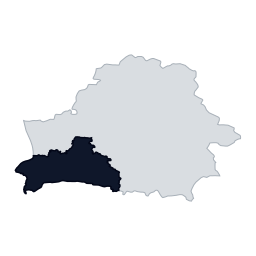 Belarus, with Brest highlighted
{"feature_id": "BLR-2338", "entity_name": "Brest", "entity_type": "Region", "adm_level": 1, "iso_a3": "BLR", "parent_name": "Belarus", "parent_adm1": "", "projection": "robinson", "projection_center": [25.618, 52.455], "detail": "fine", "context": "in_parent", "style": "filled", "palette": "ink", "viewbox_px": 256, "rotation_deg": 0, "n_neighbors": 0, "source": "natural_earth", "source_scale": "10m", "svg_char_len": 8806}
<svg xmlns="http://www.w3.org/2000/svg" viewBox="0 0 256 256"><path d="M219.8,175.9L215.3,175.7L209.8,175.8L206.8,177.4L203.5,176.6L201.2,177.6L196.0,182.1L194.0,184.6L192.1,188.3L191.0,191.1L191.7,193.1L192.7,194.9L193.0,196.9L193.6,198.4L192.3,199.5L191.5,201.1L189.3,200.8L186.4,199.3L185.8,197.1L183.6,195.5L182.2,194.7L179.8,194.6L176.2,195.3L171.3,195.9L167.7,196.0L165.7,196.8L162.8,197.6L161.6,196.7L159.9,194.1L158.5,191.6L157.6,190.5L156.8,190.2L155.8,190.3L154.7,191.1L153.8,191.9L150.8,192.8L149.5,193.7L148.0,196.0L147.0,195.9L146.0,195.3L144.8,192.7L143.2,192.2L140.6,192.1L137.4,191.6L134.9,190.8L133.9,191.0L132.4,192.1L130.8,192.2L127.1,191.2L126.4,191.7L124.3,194.6L123.4,194.7L122.8,194.3L123.1,191.9L121.0,191.0L117.4,190.8L114.9,191.2L113.7,191.1L113.0,190.6L109.9,186.4L108.3,186.2L105.4,186.4L101.2,185.9L96.2,184.9L93.5,184.6L92.1,183.6L89.1,183.3L80.9,181.6L77.6,181.3L72.7,181.2L65.2,180.8L60.5,181.1L58.3,181.6L55.7,182.0L46.9,182.5L43.7,183.0L42.8,183.8L41.7,185.8L38.0,189.1L34.5,191.3L33.8,191.5L31.7,190.3L30.0,189.9L28.0,189.8L26.5,190.1L25.6,190.7L25.7,193.3L25.5,193.5L24.0,190.4L24.1,187.7L25.0,186.1L26.1,184.7L25.7,182.6L26.8,179.8L26.8,177.7L26.4,176.9L25.6,175.8L23.3,174.7L22.3,173.8L19.2,172.7L16.1,171.2L15.6,170.3L15.7,169.7L16.3,168.8L18.7,166.0L21.3,163.4L22.9,162.3L31.6,158.9L33.0,157.7L33.3,155.7L33.2,151.7L32.7,148.0L32.1,145.4L30.5,140.6L26.1,130.7L23.6,120.5L25.3,121.1L29.4,121.3L32.7,120.6L34.4,120.5L35.9,120.7L40.2,120.1L41.2,121.1L43.1,121.9L46.9,120.7L50.2,119.3L53.7,119.4L54.2,118.7L55.1,115.1L56.1,114.3L60.2,114.6L61.7,114.0L63.3,112.2L65.8,111.1L67.8,111.1L69.9,109.8L71.0,110.7L71.5,112.2L70.8,113.4L71.1,113.8L72.6,114.4L75.1,114.4L76.7,113.9L77.0,113.2L77.0,112.0L76.6,110.8L75.6,109.8L73.6,109.3L72.2,109.3L72.0,108.6L72.4,107.3L73.7,104.8L75.2,102.5L76.1,101.6L76.3,100.8L76.1,99.5L76.0,97.0L77.4,93.5L79.2,90.9L81.7,90.1L84.7,89.6L86.6,88.4L87.5,87.0L88.3,84.8L89.3,84.4L96.4,84.7L97.5,82.5L98.1,81.9L99.5,81.3L100.5,80.5L100.1,79.9L98.3,79.5L93.9,79.2L93.1,78.5L93.3,77.6L94.5,75.4L95.6,72.5L96.1,70.2L96.2,68.9L96.8,68.6L100.3,68.1L101.4,67.7L104.4,64.6L106.7,64.1L112.7,64.9L115.4,64.9L118.8,65.1L119.1,64.8L120.3,61.7L126.1,56.9L129.2,55.2L131.2,54.9L131.8,55.0L135.0,57.5L135.8,57.6L137.8,56.5L141.5,56.5L143.2,57.3L145.6,60.5L146.9,60.8L150.3,59.1L152.3,58.5L153.6,58.5L160.3,61.0L160.8,61.7L160.8,62.6L159.9,65.5L161.3,67.2L162.9,68.4L166.3,66.5L167.5,65.9L168.9,65.9L170.7,65.2L172.0,64.1L173.3,63.7L175.7,64.0L180.1,63.7L185.3,65.4L185.8,65.9L188.4,68.0L189.4,69.0L190.2,69.3L191.6,70.2L193.5,70.9L194.8,70.7L195.4,71.0L196.0,71.8L196.1,73.1L196.0,76.8L194.2,78.8L194.0,79.5L194.1,80.3L195.7,81.9L197.6,84.5L198.1,85.9L198.2,87.0L195.7,90.3L194.9,91.1L194.3,92.7L194.1,94.3L194.3,95.0L198.7,97.7L201.9,99.1L202.7,99.8L202.8,100.2L201.1,103.1L201.0,103.8L203.6,105.0L205.1,106.8L206.4,109.9L209.0,112.7L218.2,117.0L219.1,117.7L219.4,118.6L219.2,120.6L217.6,124.4L219.2,124.9L223.2,124.8L228.1,125.2L234.1,127.9L234.2,129.1L233.6,130.2L234.1,131.3L234.8,132.3L240.0,135.3L240.5,136.2L240.6,137.6L240.5,138.7L239.1,138.9L237.6,139.4L235.1,140.7L234.2,142.5L230.1,144.9L227.6,146.1L225.6,146.1L220.7,145.6L218.9,144.4L218.2,143.3L216.3,142.7L213.8,142.7L210.4,142.9L209.7,143.2L209.2,144.6L207.8,147.0L206.8,148.3L211.3,153.0L213.6,154.9L214.3,156.1L214.3,156.9L213.3,157.9L213.6,159.9L215.8,162.5L215.1,162.9L215.0,166.1L215.1,169.5L215.7,170.4L216.9,171.1L217.9,172.3L219.6,175.2L219.8,175.9Z" fill="#d9dde1" stroke="#a8b0b8" stroke-width="1"/><path d="M75.2,181.4L67.3,181.3L63.3,180.5L62.2,180.5L61.1,180.8L58.9,181.7L52.3,182.5L51.8,182.5L50.3,182.2L44.4,182.6L43.9,182.7L43.3,183.1L42.5,184.2L42.1,184.7L41.5,186.7L40.8,187.5L38.1,188.9L34.5,191.4L33.6,191.6L32.9,191.1L32.2,190.4L31.3,190.1L30.7,190.1L29.0,189.7L28.5,189.7L26.1,190.1L25.8,190.3L25.6,190.5L25.3,190.9L25.3,191.1L26.0,192.8L26.1,193.1L26.0,193.6L25.8,193.6L25.5,193.5L25.5,193.1L24.7,192.8L24.5,192.4L24.8,192.4L24.3,191.7L24.1,191.2L24.0,190.8L24.1,190.0L24.1,189.7L23.8,189.5L23.8,189.2L24.2,189.1L24.5,188.8L24.2,188.5L24.2,188.3L24.5,188.1L24.4,188.0L24.2,187.6L24.3,186.9L24.5,186.4L24.9,186.0L25.4,185.8L25.9,185.4L26.2,184.7L25.7,184.2L25.4,183.7L25.7,183.4L25.8,182.8L26.0,182.7L25.9,182.4L26.0,182.1L26.1,181.1L26.2,180.6L26.7,179.7L27.0,179.4L27.4,179.1L27.1,178.6L26.8,177.5L26.6,177.1L26.6,176.8L26.5,176.4L26.0,176.2L25.6,175.5L25.1,175.3L24.0,175.3L23.5,175.2L22.9,174.2L23.0,174.1L23.1,173.7L22.6,173.8L22.2,173.5L22.1,173.4L21.8,173.7L21.5,173.6L21.3,173.5L21.0,173.4L20.7,173.5L20.6,173.4L20.8,173.1L20.8,172.9L20.3,172.9L18.8,172.5L18.5,172.2L18.1,172.3L16.4,172.0L15.9,171.7L16.1,171.2L16.0,170.8L15.8,170.5L15.4,170.2L16.5,168.5L16.9,167.9L17.9,167.0L20.8,163.6L22.9,162.2L25.1,161.3L29.0,160.4L32.2,158.8L33.1,157.9L33.5,156.6L33.4,155.7L33.9,155.6L37.0,155.8L37.5,155.6L38.2,155.1L38.7,154.9L39.0,154.9L39.5,155.4L40.0,155.6L41.2,155.7L42.4,155.4L42.6,155.5L42.7,155.8L42.8,155.9L43.4,155.7L44.0,155.5L44.5,155.6L45.6,156.2L45.9,156.4L46.4,156.6L47.0,156.7L47.6,156.7L48.1,156.5L48.4,156.4L48.5,156.3L48.5,156.1L48.4,155.6L48.2,155.2L48.6,154.2L49.2,153.8L49.2,153.6L49.2,153.4L48.8,153.0L48.8,152.9L49.6,152.2L50.6,151.7L50.8,151.6L50.8,151.3L50.7,151.2L49.8,151.0L49.7,151.0L49.7,150.9L49.9,150.6L51.0,150.1L51.6,150.0L53.0,150.6L54.3,150.8L55.1,150.8L55.5,150.7L55.9,150.0L56.1,149.9L56.3,149.8L56.5,149.8L57.3,150.0L57.7,150.3L58.0,150.7L58.1,151.2L58.0,151.7L58.1,151.8L59.1,152.1L59.4,152.2L59.6,152.1L59.9,151.7L60.1,151.4L60.4,151.4L60.5,151.5L60.2,152.5L60.2,152.8L60.3,153.1L60.2,153.6L60.3,153.7L60.5,153.8L60.8,153.8L61.0,153.8L61.3,153.6L62.3,153.3L62.5,153.3L63.1,153.4L63.5,153.4L64.1,153.0L64.9,152.8L65.1,152.9L65.2,153.2L65.3,153.3L65.6,153.5L66.3,153.7L66.6,153.6L66.9,153.4L66.9,153.2L66.4,152.9L66.3,152.7L66.2,152.4L66.3,152.3L66.6,152.1L66.6,151.9L66.2,151.6L66.1,151.4L66.0,151.2L66.2,150.9L66.5,150.7L67.1,150.8L67.6,150.8L68.6,150.6L68.9,150.3L68.9,150.1L68.9,149.9L69.4,149.5L69.9,148.8L70.2,148.6L71.4,148.1L71.6,147.8L72.2,146.5L73.0,145.4L73.2,144.8L73.2,144.5L72.9,144.1L72.6,143.9L72.0,143.7L71.9,143.7L72.0,143.3L72.9,142.7L73.2,142.4L73.2,142.2L72.6,141.7L72.4,141.4L72.6,140.9L72.8,140.6L73.0,140.6L73.7,140.5L73.9,140.4L74.0,140.2L74.2,139.1L74.3,138.8L75.0,137.9L75.2,137.5L75.6,137.1L75.8,137.0L76.0,136.9L76.9,137.0L77.8,136.9L78.1,136.9L78.4,137.1L78.6,137.1L79.2,137.1L79.6,137.1L80.0,137.4L80.2,137.5L83.5,137.7L84.0,137.6L84.5,137.5L85.8,137.8L87.8,137.9L88.4,138.0L89.0,138.2L89.7,138.2L91.5,137.8L91.4,139.2L91.5,139.4L91.9,139.8L92.0,140.1L92.0,140.8L92.0,141.0L91.8,141.2L91.6,141.3L90.5,141.3L90.1,141.5L89.5,142.0L89.1,142.6L88.9,143.0L89.1,143.5L89.4,143.6L89.8,143.6L90.2,143.6L90.3,143.6L90.5,144.1L90.9,144.4L91.0,144.9L91.2,145.1L91.6,145.2L93.3,145.3L93.6,145.4L94.4,146.1L94.8,146.9L94.8,147.1L94.7,147.3L94.4,147.3L93.4,147.3L93.1,147.3L92.8,147.4L92.4,147.9L92.0,148.7L91.9,148.8L91.5,149.0L91.4,149.1L91.5,149.4L91.7,149.8L92.7,151.1L92.8,151.3L92.9,151.8L93.1,152.1L93.0,152.4L92.3,152.8L92.3,153.0L93.0,154.0L93.4,154.0L93.9,153.6L94.1,153.4L95.1,153.4L95.2,153.2L95.4,152.6L95.5,152.4L96.3,152.2L96.5,152.3L97.2,152.6L97.8,152.8L98.0,153.1L98.1,153.6L98.3,153.8L98.6,153.9L98.9,153.9L99.7,153.7L99.8,153.7L100.0,153.8L100.7,154.8L101.3,155.5L101.6,155.6L104.0,156.2L105.1,156.7L105.4,156.6L105.8,156.1L106.0,156.1L106.9,156.6L107.0,156.7L107.0,156.9L106.8,157.2L106.8,157.4L107.6,158.4L107.8,158.6L108.0,158.6L108.8,158.8L110.0,158.8L110.3,158.9L110.8,159.5L110.9,160.1L110.7,160.5L107.6,160.7L107.4,160.9L107.3,161.4L107.3,161.5L107.8,162.0L107.9,162.3L107.3,162.7L107.5,162.9L107.8,163.3L108.8,164.1L109.8,164.7L109.9,164.8L110.1,165.3L110.1,165.6L109.9,165.9L109.5,166.2L109.4,166.4L109.8,166.6L112.9,168.1L113.0,168.3L113.0,168.7L113.2,169.0L113.4,169.2L113.5,169.2L114.8,169.2L115.0,169.3L115.2,169.5L115.6,170.2L115.8,170.5L116.5,170.7L118.9,171.8L119.2,172.1L119.3,172.3L119.3,172.5L119.2,172.8L118.9,173.2L118.8,173.4L118.9,174.1L118.9,174.9L119.0,177.0L119.9,177.8L120.5,178.2L120.8,178.4L120.8,178.5L120.6,179.0L120.4,179.3L119.0,180.7L119.0,181.0L119.2,181.6L119.2,182.0L119.1,182.5L118.9,183.0L118.5,183.6L118.8,183.9L119.7,184.6L119.8,184.8L119.9,185.3L119.9,186.2L119.8,186.5L119.6,186.9L119.4,187.3L119.0,187.4L118.7,187.8L118.8,190.3L118.0,190.3L117.5,190.5L116.9,191.1L116.4,191.3L115.9,191.3L114.5,191.1L113.5,191.4L113.0,191.4L112.7,191.2L112.8,190.6L113.1,190.0L113.2,189.5L112.5,189.3L111.9,189.4L111.4,189.4L111.1,189.1L110.9,188.5L110.9,187.7L111.0,187.1L110.8,186.6L110.2,186.3L109.2,186.1L107.1,186.1L104.7,186.7L103.1,186.5L98.6,184.9L93.3,184.8L93.0,184.7L92.7,184.4L92.6,184.1L92.7,183.8L92.7,183.6L92.4,183.5L86.9,183.3L86.2,183.0L84.6,182.0L83.9,181.8L82.3,181.9L77.2,181.1L75.2,181.4Z" fill="#0f172a" stroke="#020617" stroke-width="1.5"/></svg>